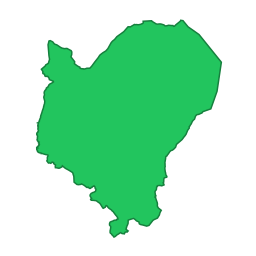 outline of Alkaleri, Bauchi, Nigeria, rotated 272°
{"feature_id": "59680162B61092998371306", "entity_name": "Alkaleri", "entity_type": "district", "adm_level": 2, "iso_a3": "NGA", "parent_name": "Nigeria", "parent_adm1": "Bauchi", "projection": "natural_earth1", "projection_center": [10.354, 9.865], "detail": "fine", "context": "isolated", "style": "filled", "palette": "green", "viewbox_px": 256, "rotation_deg": 272, "n_neighbors": 0, "source": "geoboundaries", "source_scale": "gbopen_adm2", "svg_char_len": 5556}
<svg xmlns="http://www.w3.org/2000/svg" viewBox="0 0 256 256"><g transform="rotate(272 128 128)"><path d="M231.2,184.5L237.2,179.2L237.5,176.9L236.6,176.6L232.7,172.1L231.3,170.8L231.2,170.1L232.0,169.3L231.9,168.5L232.1,164.9L231.5,163.2L231.3,161.5L232.3,160.3L232.7,158.8L233.1,157.2L233.1,155.6L232.8,154.0L233.0,152.5L234.1,150.7L234.7,149.4L235.4,148.8L235.4,148.2L236.0,147.7L235.2,139.4L233.8,139.6L233.0,139.1L232.1,137.1L231.8,136.0L231.5,134.6L231.7,132.9L231.5,132.3L231.7,130.8L231.5,130.4L231.0,129.9L230.5,128.9L229.1,126.8L229.2,126.3L229.1,125.0L229.2,124.6L228.9,124.3L224.1,120.4L218.9,113.7L216.0,111.5L214.3,109.5L212.7,108.2L206.6,105.1L204.2,103.1L202.5,100.5L200.9,98.5L199.7,97.2L197.3,95.8L192.8,92.5L188.4,89.5L186.4,87.7L186.3,84.7L186.1,84.4L185.3,81.9L185.6,81.4L185.7,79.2L186.2,77.9L187.1,77.8L188.1,75.5L190.4,72.2L192.4,72.4L197.1,68.5L199.4,69.2L202.0,69.2L203.3,68.5L205.4,64.2L205.1,61.6L205.6,59.1L206.4,57.5L208.6,54.0L209.3,51.6L211.5,49.7L212.6,47.2L212.2,46.0L208.4,45.2L197.4,46.5L193.9,47.2L189.8,46.1L188.2,43.6L187.1,43.1L183.7,39.4L181.4,41.0L180.0,40.9L179.4,41.2L178.8,42.6L176.9,43.3L176.7,43.7L176.8,46.0L174.6,47.6L174.2,47.6L173.6,47.7L172.2,51.6L171.5,51.9L170.0,49.9L169.5,48.7L168.4,47.5L166.1,46.5L166.1,46.2L165.9,45.9L165.5,45.7L165.2,45.1L164.8,45.1L164.3,44.8L163.6,44.7L163.4,44.4L162.5,43.7L161.8,43.3L160.9,43.0L160.0,43.0L158.1,43.4L156.8,42.9L155.5,42.8L151.8,43.9L149.2,43.7L148.2,43.3L146.9,43.1L146.4,42.9L145.3,42.8L141.8,41.7L140.7,41.5L139.5,41.1L137.2,40.4L135.9,40.2L135.3,40.3L135.0,40.2L134.6,39.9L134.1,39.7L133.6,39.6L133.1,39.4L132.7,39.2L132.3,39.1L132.2,39.2L131.5,39.2L130.3,38.1L130.0,37.6L129.9,37.9L129.9,38.2L129.8,38.3L129.7,38.3L129.2,38.2L128.8,38.1L128.3,38.0L128.0,38.0L127.8,37.8L127.1,38.2L126.9,37.8L126.4,37.9L126.3,38.0L126.2,38.0L125.8,38.3L125.0,38.0L124.6,38.2L124.2,38.0L123.7,38.0L122.2,38.6L121.8,38.5L121.4,38.1L121.2,38.1L120.5,38.0L120.4,37.9L120.2,37.4L119.8,37.2L119.4,37.1L119.1,37.0L118.8,37.0L118.5,37.1L118.2,37.1L117.9,37.2L117.8,37.4L117.7,37.7L116.9,37.7L116.7,37.8L116.3,37.9L116.2,37.9L116.1,38.0L115.7,37.9L115.4,37.8L114.8,37.7L114.6,37.8L114.0,37.9L113.8,37.8L113.6,37.6L113.4,37.5L113.1,37.6L112.8,37.8L112.4,37.8L112.2,37.8L112.0,38.1L111.7,38.3L111.6,38.7L111.5,38.8L111.2,38.8L110.9,38.9L111.0,39.2L110.9,39.4L110.8,39.6L110.4,39.3L109.9,39.1L109.7,39.4L109.5,39.6L108.6,40.0L108.5,39.9L108.5,39.7L108.4,39.7L108.2,39.5L108.1,39.4L107.4,39.6L107.2,39.1L106.9,39.0L106.7,38.7L106.4,38.7L106.2,38.6L106.2,38.4L105.9,38.3L105.9,38.0L105.8,37.8L105.3,37.6L105.1,37.9L105.1,37.6L104.8,37.7L104.5,37.5L104.3,37.5L103.7,37.5L103.4,37.6L103.1,37.6L102.9,37.9L102.7,38.0L102.3,38.1L102.0,38.4L101.8,38.5L101.3,38.4L101.0,38.8L100.8,39.0L100.5,39.4L100.3,39.9L100.1,40.4L100.1,41.8L99.8,42.0L99.4,42.1L99.5,43.1L98.6,46.5L98.3,48.8L97.4,49.1L96.0,48.4L93.1,48.5L92.3,48.0L90.2,49.7L90.4,50.6L90.0,52.1L91.3,53.4L90.8,54.9L89.8,54.9L88.5,56.9L87.4,56.6L85.8,56.8L85.7,58.4L85.4,59.7L85.5,61.0L86.9,63.4L87.9,63.7L85.5,66.8L84.0,69.9L82.4,72.7L81.7,73.9L80.8,74.6L80.0,74.7L79.2,75.0L78.2,75.4L77.3,75.6L72.0,76.0L69.8,78.9L69.7,79.8L69.6,80.4L70.0,82.9L70.5,83.5L69.5,85.6L68.6,87.0L67.6,88.3L67.1,89.2L67.5,90.2L66.7,91.1L66.3,91.7L66.4,92.7L67.4,93.5L67.4,94.1L68.2,94.6L68.4,95.3L69.0,96.0L67.7,97.2L66.9,97.2L66.3,97.4L65.8,98.1L65.1,98.1L63.6,97.7L62.7,96.4L62.4,95.3L61.9,94.5L61.4,93.5L60.3,92.7L59.5,92.4L58.2,92.7L56.9,93.7L56.5,94.1L55.9,93.5L55.7,93.3L55.4,93.4L55.2,93.2L54.5,93.8L54.5,95.8L54.2,98.9L53.2,100.2L51.9,102.3L50.7,103.3L49.7,103.9L48.0,105.1L47.3,105.5L46.9,106.1L48.0,108.0L49.4,108.6L49.7,109.1L49.5,109.6L47.5,111.3L46.1,113.3L45.5,114.4L44.7,114.9L44.0,116.0L40.8,118.5L39.2,120.0L37.6,121.0L36.6,121.1L36.3,119.9L36.0,119.7L35.6,119.7L35.3,117.4L34.4,115.9L33.8,114.3L33.3,113.4L32.1,112.9L30.4,112.9L29.0,114.1L27.8,114.2L25.6,113.9L24.6,113.7L22.7,113.8L22.2,114.2L21.4,115.4L20.9,115.5L19.4,117.1L18.5,117.8L18.8,118.3L19.2,119.1L20.8,120.7L21.6,122.0L23.2,124.3L22.3,125.7L22.1,128.1L23.6,128.6L24.0,129.5L24.0,130.8L25.1,131.7L25.5,130.9L26.4,130.2L26.8,129.5L30.4,130.5L31.1,130.9L32.7,131.4L35.9,131.4L36.0,131.5L37.0,134.2L37.8,136.7L36.9,138.2L35.5,139.7L34.5,142.2L32.7,142.6L32.3,143.2L31.9,144.1L31.9,144.3L31.6,146.0L30.6,150.1L31.4,152.4L36.5,156.1L36.8,156.5L37.1,156.8L39.0,160.6L42.2,162.4L44.5,162.9L46.9,164.1L49.1,161.1L50.5,160.3L51.2,160.0L53.1,160.1L54.5,159.8L58.3,158.3L59.3,158.1L59.9,157.3L60.8,157.7L61.1,158.3L61.8,158.0L62.0,157.6L62.8,157.6L63.8,157.4L64.8,157.2L65.3,157.2L66.2,157.6L66.9,158.2L67.9,158.6L68.5,158.6L69.2,158.6L70.0,158.7L70.4,159.2L70.9,159.1L71.4,159.7L71.7,161.7L71.4,163.8L72.4,166.0L73.1,165.8L73.5,165.5L73.6,165.3L73.9,165.3L74.6,165.4L74.8,165.2L75.0,165.5L76.4,165.6L76.7,165.6L77.1,165.5L77.8,165.6L78.8,165.7L79.5,166.1L80.1,168.2L80.5,168.6L81.4,168.3L82.3,167.6L83.0,167.4L84.6,167.1L85.8,166.7L87.8,166.4L89.4,166.2L90.8,166.5L92.2,166.3L93.5,166.3L94.4,166.1L95.5,166.2L98.4,166.6L100.2,166.7L100.8,166.8L101.2,167.3L101.3,167.7L101.7,168.0L102.1,168.1L103.7,169.3L105.7,170.5L106.8,171.5L107.4,173.1L108.3,174.3L110.4,176.2L110.7,176.3L113.3,177.0L118.2,182.3L119.7,183.4L120.4,183.8L121.9,185.0L123.7,186.2L125.6,186.9L127.8,187.7L130.0,189.2L131.4,189.1L131.8,189.6L132.6,189.9L134.4,191.1L136.2,191.8L137.0,192.2L138.1,193.0L139.2,194.2L141.8,194.9L142.5,195.3L143.6,196.1L144.1,198.2L145.7,201.5L146.4,201.8L147.1,202.6L150.0,210.1L167.8,215.7L197.0,219.0L223.9,195.7L231.2,184.5Z" fill="#22c55e" stroke="#15803d" stroke-width="1.5"/></g></svg>